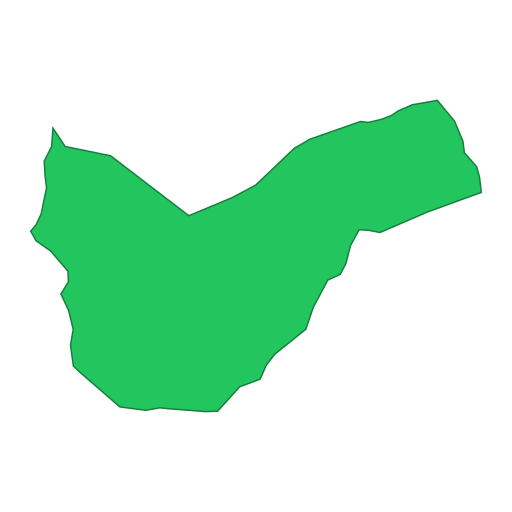 outline of Ipueira, Rio Grande do Norte, Brazil
{"feature_id": "56859067B7349089003652", "entity_name": "Ipueira", "entity_type": "district", "adm_level": 2, "iso_a3": "BRA", "parent_name": "Brazil", "parent_adm1": "Rio Grande do Norte", "projection": "equal_earth", "projection_center": [-37.182, -6.775], "detail": "fine", "context": "isolated", "style": "filled", "palette": "green", "viewbox_px": 512, "rotation_deg": 0, "n_neighbors": 0, "source": "geoboundaries", "source_scale": "gbopen_adm2", "svg_char_len": 844}
<svg xmlns="http://www.w3.org/2000/svg" viewBox="0 0 512 512"><path d="M481.3,192.4L479.6,177.5L476.7,166.8L464.4,152.7L462.9,141.1L454.4,120.9L444.4,109.0L437.4,100.4L412.4,104.7L398.2,110.9L391.1,115.7L380.5,119.6L368.3,122.4L360.5,121.5L309.9,139.2L294.4,148.2L255.7,185.1L232.2,197.6L188.8,215.7L110.6,155.8L65.2,146.5L53.0,128.2L51.6,146.5L44.2,161.2L45.1,176.2L46.6,187.9L43.9,200.4L41.2,213.8L36.0,224.9L30.7,231.2L36.0,240.7L50.8,251.2L68.0,271.3L68.4,281.9L60.9,293.9L68.7,310.7L73.2,329.3L70.5,345.2L73.4,366.1L80.5,372.8L119.8,406.9L145.8,410.3L159.9,407.8L167.2,408.6L205.5,411.6L217.6,411.2L239.7,386.8L260.2,379.1L266.3,365.1L274.9,354.1L305.8,329.3L313.3,307.3L327.8,280.1L340.3,274.3L346.0,263.3L350.5,245.6L359.1,229.7L368.7,230.3L380.0,232.5L427.4,212.0L481.3,192.4Z" fill="#22c55e" stroke="#15803d" stroke-width="1.5"/></svg>